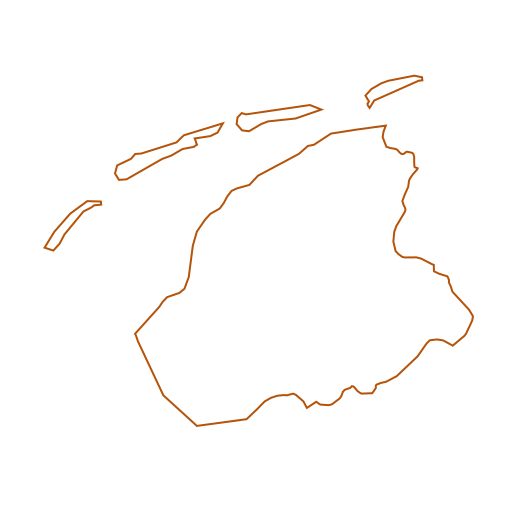 the Province of Friesland, rotated 354°
{"feature_id": "NLD-895", "entity_name": "Friesland", "entity_type": "Province", "adm_level": 1, "iso_a3": "NLD", "parent_name": "Netherlands", "parent_adm1": "", "projection": "mercator", "projection_center": [5.86, 53.152], "detail": "fine", "context": "isolated", "style": "outline", "palette": "amber", "viewbox_px": 512, "rotation_deg": 354, "n_neighbors": 0, "source": "natural_earth", "source_scale": "10m", "svg_char_len": 2637}
<svg xmlns="http://www.w3.org/2000/svg" viewBox="0 0 512 512"><g transform="rotate(354 256 256)"><path d="M127.6,320.7L154.5,296.5L158.4,291.8L163.4,287.6L175.9,284.7L181.4,281.1L186.9,270.0L194.2,239.3L199.7,225.6L209.2,214.5L215.0,209.3L224.9,205.0L229.5,199.9L233.7,193.7L238.5,188.7L244.0,186.8L256.9,184.6L266.3,176.4L309.4,158.9L319.1,152.0L325.3,151.4L343.4,142.1L369.4,140.8L398.7,139.9L395.8,145.7L394.4,151.1L397.1,161.0L400.9,162.7L406.0,164.1L407.0,164.7L408.0,165.7L409.6,168.0L410.7,169.2L411.6,169.7L412.4,170.0L413.2,169.9L414.2,169.6L415.7,168.5L416.4,168.2L417.3,168.1L422.3,169.8L423.2,171.3L423.7,173.8L423.1,179.4L422.9,183.8L423.4,184.4L424.1,184.8L425.9,185.5L425.9,186.0L425.2,186.9L420.6,191.1L417.0,195.3L416.0,197.3L414.6,203.2L410.6,210.0L407.3,216.7L407.8,218.9L408.1,220.7L408.6,221.9L409.1,223.2L409.4,224.5L409.4,225.7L408.7,227.6L398.7,240.9L396.0,246.5L394.1,256.1L395.4,265.8L397.9,269.0L401.4,272.2L403.8,273.0L415.3,274.1L419.9,275.8L429.6,282.2L431.9,283.5L431.4,289.6L432.3,290.4L436.5,292.9L444.1,296.2L444.7,297.5L445.4,300.0L445.1,302.5L446.6,306.9L447.6,312.0L462.2,331.6L465.4,338.4L465.0,340.4L464.2,342.9L456.8,355.2L455.2,357.0L442.3,365.7L433.3,359.5L427.2,357.9L420.1,358.0L417.1,360.3L415.3,362.2L406.3,372.6L383.4,390.2L372.1,394.7L366.9,395.3L362.5,396.5L361.9,397.0L361.6,397.5L361.4,399.5L361.1,400.2L357.3,404.6L346.7,403.9L345.4,403.2L342.9,401.0L339.7,396.3L338.3,395.6L337.6,395.5L336.9,396.3L335.9,397.0L330.5,398.3L329.2,399.2L328.2,400.2L327.5,401.7L326.6,403.5L325.4,405.3L324.0,406.6L316.1,411.4L314.0,411.8L312.5,411.9L304.9,410.6L303.9,410.1L300.7,407.3L290.7,412.4L288.0,405.6L281.3,398.4L278.7,396.8L273.1,397.6L272.4,397.8L268.7,397.2L262.6,397.2L256.1,398.6L249.5,401.5L240.8,408.7L229.5,417.3L179.4,418.8L179.0,418.3L149.3,384.9L129.7,328.6L129.3,326.9L128.3,322.5L127.7,321.1L127.6,320.7ZM193.3,131.1L196.9,128.4L236.9,120.6L230.6,129.3L223.0,132.0L207.3,132.7L207.8,134.2L208.4,137.5L209.0,139.1L205.4,141.0L194.2,141.9L182.2,147.3L172.7,149.7L135.3,166.2L127.7,166.0L124.4,159.2L127.4,151.4L141.8,146.3L146.6,141.9L152.7,142.1L188.9,134.7L193.3,131.1ZM260.8,114.1L325.4,111.5L336.3,117.2L309.7,123.4L282.0,123.4L275.0,125.3L262.1,131.2L255.3,129.6L250.5,122.8L252.1,116.2L256.7,112.4L260.8,114.1ZM405.6,95.6L432.3,93.2L439.8,95.6L439.8,98.7L436.1,98.7L389.8,113.7L384.5,120.6L382.9,117.8L382.8,116.3L384.5,114.1L381.6,107.9L388.4,101.9L398.5,97.4L405.6,95.6ZM46.6,225.6L58.0,210.8L75.6,194.5L93.9,183.8L107.4,185.6L107.4,188.7L100.3,188.7L96.9,190.7L89.0,193.7L67.8,214.5L61.9,223.3L55.0,229.4L46.6,225.6Z" fill="none" stroke="#b45309" stroke-width="2"/></g></svg>